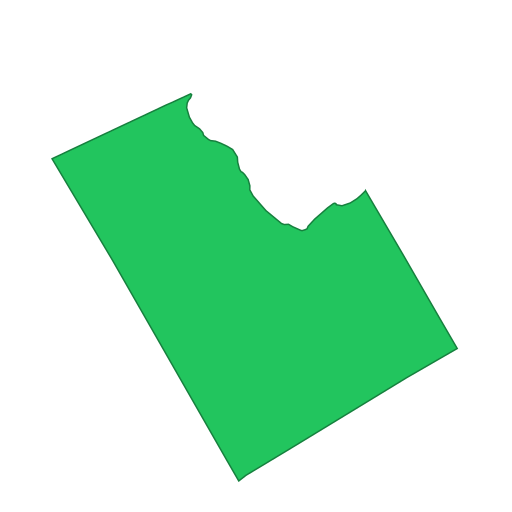 the district of Baker, Florida, United States of America, rotated 330°
{"feature_id": "52423323B7766336727769", "entity_name": "Baker", "entity_type": "district", "adm_level": 2, "iso_a3": "USA", "parent_name": "United States of America", "parent_adm1": "Florida", "projection": "equal_earth", "projection_center": [-82.214, 30.36], "detail": "fine", "context": "isolated", "style": "filled", "palette": "green", "viewbox_px": 512, "rotation_deg": 330, "n_neighbors": 0, "source": "geoboundaries", "source_scale": "gbopen_adm2", "svg_char_len": 961}
<svg xmlns="http://www.w3.org/2000/svg" viewBox="0 0 512 512"><g transform="rotate(330 256 256)"><path d="M128.0,69.8L129.6,187.4L128.6,418.8L128.6,442.2L137.7,440.9L190.4,439.9L325.8,436.7L384.0,436.7L383.9,400.2L384.0,328.2L383.5,254.2L383.4,254.3L377.2,255.9L371.9,256.9L364.1,257.2L355.6,255.5L351.2,251.8L351.4,250.7L350.7,249.7L349.3,249.3L342.1,250.1L325.3,253.4L316.0,256.3L313.8,258.0L311.6,257.8L308.6,257.1L307.7,256.3L302.4,249.0L300.0,244.8L296.2,242.9L294.3,240.6L287.3,221.8L283.5,202.5L283.7,195.6L285.8,192.1L287.4,185.9L286.9,179.8L286.1,176.8L285.2,175.6L285.1,172.6L287.0,165.7L289.3,161.0L289.0,152.1L285.9,146.6L281.9,140.8L278.3,136.3L274.3,133.3L273.1,131.3L270.9,125.4L271.6,122.5L270.7,117.6L268.1,112.3L267.6,108.9L267.7,102.5L270.0,93.0L272.9,89.1L275.5,87.3L278.3,86.3L280.9,84.2L280.6,82.9L258.8,80.9L253.7,80.3L235.4,78.8L180.9,74.2L153.5,71.9L128.1,69.8L128.0,69.8Z" fill="#22c55e" stroke="#15803d" stroke-width="1.5"/></g></svg>